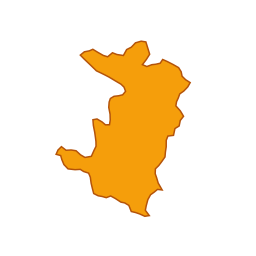 Vespasiano, Minas Gerais, Brazil (Natural Earth projection), rotated 333°
{"feature_id": "56859067B4954483549990", "entity_name": "Vespasiano", "entity_type": "district", "adm_level": 2, "iso_a3": "BRA", "parent_name": "Brazil", "parent_adm1": "Minas Gerais", "projection": "natural_earth1", "projection_center": [-43.949, -19.73], "detail": "fine", "context": "isolated", "style": "filled", "palette": "amber", "viewbox_px": 256, "rotation_deg": 333, "n_neighbors": 0, "source": "geoboundaries", "source_scale": "gbopen_adm2", "svg_char_len": 1580}
<svg xmlns="http://www.w3.org/2000/svg" viewBox="0 0 256 256"><g transform="rotate(333 128 128)"><path d="M130.3,198.7L129.9,190.8L130.9,185.4L131.5,181.0L133.9,176.8L138.4,175.4L143.1,173.1L147.8,170.6L150.5,166.3L153.5,162.1L156.5,156.3L159.9,153.3L165.2,155.2L169.6,149.8L174.5,149.4L178.0,145.0L182.8,142.8L182.4,136.6L180.7,130.0L183.2,126.6L186.4,124.1L189.6,121.1L194.5,120.4L199.9,118.5L204.0,115.8L201.2,111.0L199.7,106.4L200.9,102.0L200.5,97.2L197.0,91.9L193.1,86.5L190.0,82.7L186.1,84.9L181.7,83.8L178.0,82.4L172.7,81.8L169.6,78.1L175.4,75.3L180.8,72.1L183.0,59.4L179.1,56.6L173.3,55.5L167.7,57.5L162.4,57.5L156.8,61.3L151.5,57.5L148.3,53.9L142.2,55.3L138.9,52.1L135.4,46.8L132.4,41.9L128.6,41.7L123.7,40.3L118.6,41.4L120.2,46.5L123.3,55.3L125.8,62.7L129.1,67.0L131.7,70.5L134.2,74.0L137.7,79.6L141.6,85.7L143.0,89.7L142.5,94.2L138.3,96.0L134.2,95.0L129.9,93.4L125.7,93.7L123.0,96.3L120.2,100.9L118.3,107.5L115.8,112.8L113.0,116.7L109.3,114.9L107.7,110.9L104.5,105.9L100.5,104.7L98.3,110.0L96.3,117.0L94.7,121.6L93.3,125.5L91.2,129.8L87.7,132.4L82.5,136.6L76.3,134.7L73.5,130.3L71.4,124.7L67.4,121.8L62.7,119.7L60.2,114.4L55.7,115.8L52.0,118.8L55.5,122.0L54.7,126.2L54.3,131.5L56.0,137.2L61.9,141.1L66.7,143.2L68.7,146.6L72.4,150.3L72.1,154.7L70.1,160.4L68.7,166.2L67.7,170.8L70.6,174.8L73.9,177.3L77.0,180.2L81.7,180.7L84.6,184.9L88.0,190.8L91.0,193.2L93.6,197.3L93.0,203.9L96.3,206.7L99.4,209.9L102.9,214.3L107.2,215.7L106.1,209.2L108.9,205.6L113.2,200.8L117.8,197.7L121.9,197.1L126.4,196.1L130.3,198.7Z" fill="#f59e0b" stroke="#b45309" stroke-width="1.5"/></g></svg>